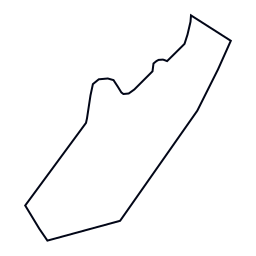 Ravine Touterelle, Castries, Saint Lucia (orthographic projection)
{"feature_id": "8701671B77761135281215", "entity_name": "Ravine Touterelle", "entity_type": "district", "adm_level": 2, "iso_a3": "LCA", "parent_name": "Saint Lucia", "parent_adm1": "Castries", "projection": "orthographic", "projection_center": [-60.988, 14.003], "detail": "fine", "context": "isolated", "style": "outline", "palette": "ink", "viewbox_px": 256, "rotation_deg": 0, "n_neighbors": 0, "source": "geoboundaries", "source_scale": "gbopen_adm2", "svg_char_len": 488}
<svg xmlns="http://www.w3.org/2000/svg" viewBox="0 0 256 256"><path d="M191.0,15.4L190.5,21.8L189.3,26.9L187.5,34.6L184.5,43.9L167.1,61.1L164.2,60.0L162.9,59.6L158.6,59.9L156.4,61.1L153.5,63.5L152.5,71.3L134.3,89.5L128.7,93.5L123.4,94.0L121.3,92.4L118.0,87.0L113.5,80.1L107.8,78.5L98.8,79.3L97.8,80.1L92.9,84.1L90.5,95.3L87.0,118.3L86.0,122.9L25.2,205.5L39.4,228.9L47.4,240.6L120.1,220.8L197.3,110.7L218.0,69.4L230.8,40.8L191.0,15.4Z" fill="none" stroke="#020617" stroke-width="2"/></svg>